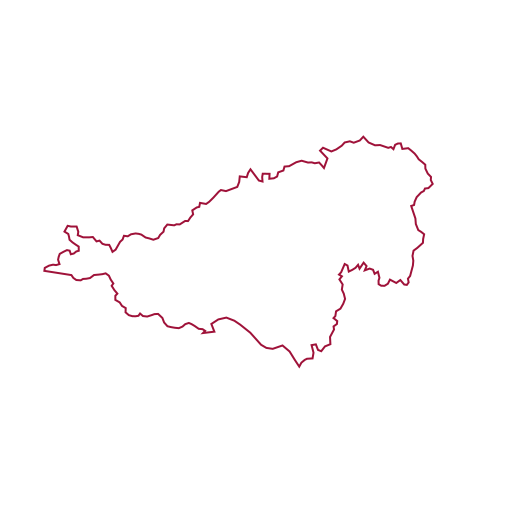 Salto do Jacuí, Rio Grande do Sul, Brazil, rotated 151°
{"feature_id": "56859067B37643782089804", "entity_name": "Salto do Jacuí", "entity_type": "district", "adm_level": 2, "iso_a3": "BRA", "parent_name": "Brazil", "parent_adm1": "Rio Grande do Sul", "projection": "robinson", "projection_center": [-53.231, -29.069], "detail": "fine", "context": "isolated", "style": "outline", "palette": "rose", "viewbox_px": 512, "rotation_deg": 151, "n_neighbors": 0, "source": "geoboundaries", "source_scale": "gbopen_adm2", "svg_char_len": 3398}
<svg xmlns="http://www.w3.org/2000/svg" viewBox="0 0 512 512"><g transform="rotate(151 256 256)"><path d="M448.3,345.6L426.7,328.8L426.4,325.4L424.8,322.1L421.1,319.7L418.4,319.8L415.5,318.4L411.9,317.2L406.9,317.9L402.6,316.0L399.2,314.6L395.9,313.7L394.2,310.1L394.5,305.8L394.1,301.1L396.7,299.9L396.4,294.8L395.5,290.3L398.3,289.4L400.3,285.8L397.7,281.5L397.4,277.3L395.2,273.6L397.4,270.0L395.9,265.9L393.3,263.3L390.6,261.7L387.8,260.7L385.3,261.9L384.0,258.3L380.5,255.8L376.1,254.9L373.0,254.4L369.7,252.8L367.9,247.2L368.6,242.4L367.5,237.5L364.8,235.0L361.8,232.6L358.5,230.3L354.5,229.9L350.9,230.7L347.2,230.0L345.4,227.7L343.6,224.6L341.4,220.1L338.2,217.9L336.8,215.2L339.7,214.3L329.1,210.0L328.0,218.2L319.7,218.8L311.8,216.5L306.3,209.9L303.1,203.6L298.2,191.7L294.6,175.9L291.5,170.6L286.4,166.7L276.2,164.9L272.9,156.2L272.4,145.9L271.8,138.3L268.0,140.7L263.8,141.5L261.2,141.4L256.2,139.0L252.6,143.5L250.6,151.1L246.5,149.7L247.3,143.8L245.1,141.1L239.5,143.5L233.7,142.8L230.5,149.3L223.4,153.9L222.3,156.8L218.2,157.3L216.5,159.7L218.3,164.1L215.7,165.0L212.8,168.8L207.7,169.0L202.9,171.9L198.9,175.3L197.5,180.5L197.2,185.0L194.0,189.1L194.4,195.1L190.7,196.6L192.4,199.5L189.4,200.5L182.3,206.0L180.6,203.3L182.4,197.4L178.5,197.2L174.7,197.4L171.0,198.8L171.6,194.7L165.1,198.0L164.2,193.6L167.8,190.7L162.7,189.9L160.3,187.2L160.9,182.9L157.0,183.1L158.6,177.1L160.8,175.0L162.4,171.9L160.9,169.3L158.0,167.6L154.1,167.8L150.3,170.4L146.4,164.4L141.4,165.0L140.2,159.2L138.1,157.6L135.3,158.9L134.1,162.5L130.9,163.8L123.4,171.6L120.7,175.6L119.1,180.2L115.6,184.3L111.0,184.9L103.6,186.6L101.6,189.8L98.4,193.5L99.8,196.9L101.5,200.0L100.7,206.5L98.4,211.5L96.0,224.5L93.0,224.0L90.9,226.6L86.9,229.6L80.9,231.5L77.7,231.5L75.5,233.1L72.3,231.8L66.5,233.4L66.3,237.7L64.6,240.3L65.8,244.8L65.5,250.3L63.7,253.8L65.1,257.6L66.8,261.7L67.0,265.1L67.6,268.7L69.1,272.9L70.6,276.5L76.1,278.7L74.8,284.3L77.4,285.6L80.4,285.8L84.0,282.8L85.1,285.9L87.9,286.5L93.7,292.9L98.2,295.1L102.5,300.7L104.3,308.3L109.2,306.7L115.6,307.7L118.3,310.8L123.4,312.3L127.5,310.9L134.1,310.3L139.4,310.9L144.9,318.2L148.9,317.1L146.2,306.7L151.6,302.0L153.9,300.0L154.6,303.6L155.5,307.2L159.6,308.6L161.9,310.9L165.2,312.5L169.9,317.2L175.3,318.5L183.5,318.5L187.7,320.4L190.6,317.5L196.0,318.4L199.0,315.3L202.7,315.3L206.9,317.1L204.3,321.3L210.2,324.7L212.3,322.1L214.2,318.0L216.9,320.6L218.8,334.5L222.6,332.5L225.9,329.4L231.6,333.5L234.8,328.9L238.9,325.5L250.8,327.3L254.7,330.7L257.4,330.3L265.0,327.7L270.7,326.1L274.4,325.7L279.2,329.6L281.8,326.5L284.3,327.2L289.6,326.8L290.8,322.9L294.7,321.5L298.5,319.5L301.0,321.0L307.4,320.6L310.2,322.3L312.7,322.5L318.3,326.5L322.9,324.7L325.1,322.1L329.6,321.0L332.8,319.1L337.9,320.0L340.8,323.1L343.6,325.7L345.9,330.3L347.8,332.2L350.4,334.1L354.8,335.6L358.6,335.4L361.7,337.7L364.7,335.1L368.0,334.3L375.7,329.6L379.5,329.2L379.1,333.5L379.0,336.9L382.2,338.8L384.4,341.1L385.4,345.3L388.4,346.1L389.5,351.7L393.1,353.3L398.1,356.1L401.8,360.6L399.7,363.3L398.6,368.7L403.7,371.6L406.1,373.7L411.7,370.2L409.5,366.3L410.2,363.5L411.2,360.6L409.9,356.9L408.2,353.4L406.5,350.2L408.5,346.5L411.0,347.1L414.2,346.5L417.1,347.3L416.4,351.0L418.5,352.8L422.3,353.0L426.6,353.0L429.0,350.9L430.9,348.7L431.8,344.2L435.3,345.0L437.7,346.8L441.6,347.9L446.5,348.0L448.3,345.6Z" fill="none" stroke="#9f1239" stroke-width="2"/></g></svg>